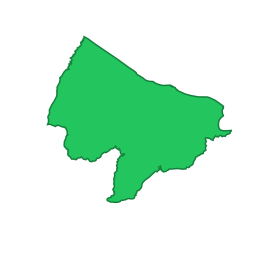 the district of Phu Luang, Loei, Thailand, rotated 34°
{"feature_id": "78962969B80258711240190", "entity_name": "Phu Luang", "entity_type": "district", "adm_level": 2, "iso_a3": "THA", "parent_name": "Thailand", "parent_adm1": "Loei", "projection": "orthographic", "projection_center": [101.608, 17.083], "detail": "fine", "context": "isolated", "style": "filled", "palette": "green", "viewbox_px": 256, "rotation_deg": 34, "n_neighbors": 0, "source": "geoboundaries", "source_scale": "gbopen_adm2", "svg_char_len": 5862}
<svg xmlns="http://www.w3.org/2000/svg" viewBox="0 0 256 256"><g transform="rotate(34 128 128)"><path d="M43.4,124.6L43.9,125.0L44.7,125.9L45.8,128.6L46.1,130.4L46.2,132.9L46.6,134.2L47.2,134.8L48.2,136.9L49.8,139.1L50.9,141.0L51.2,142.0L51.8,146.8L51.8,150.0L51.9,151.6L52.7,156.9L54.8,159.9L55.2,162.9L55.4,163.6L56.0,164.4L56.8,164.8L57.9,166.1L58.9,168.1L59.3,169.7L59.4,170.1L60.9,168.7L61.5,168.4L64.0,168.0L65.4,167.5L66.2,167.5L67.1,167.2L67.3,166.2L67.6,165.9L68.0,165.2L68.4,164.8L69.4,164.6L69.8,164.4L70.7,164.3L71.5,164.0L72.6,164.0L73.2,163.7L73.5,163.3L74.1,163.3L74.5,162.9L75.4,162.6L75.6,162.6L75.8,162.9L76.1,163.1L76.5,162.9L76.9,162.9L77.9,163.9L79.5,164.7L80.3,166.1L80.8,166.7L81.2,167.0L81.7,167.1L81.9,167.2L81.8,167.5L81.3,168.2L81.5,169.9L81.7,170.5L82.3,171.2L82.4,172.9L82.8,173.7L82.8,174.8L83.7,176.2L84.4,177.6L85.8,179.1L87.3,179.0L88.7,179.9L89.4,179.4L90.0,179.4L90.5,179.6L90.8,180.0L91.0,180.8L91.6,181.2L92.4,182.9L93.9,184.3L96.9,184.3L97.6,185.0L98.5,185.3L100.0,184.4L100.8,183.8L101.9,183.7L102.8,183.0L103.0,182.7L102.9,181.9L103.2,180.9L103.6,180.4L105.0,179.5L105.4,178.0L106.7,178.3L107.3,178.3L108.1,178.7L108.6,178.7L109.2,178.3L110.8,177.9L111.0,176.5L111.4,176.1L112.3,176.0L115.0,176.9L116.2,176.6L116.6,176.3L117.4,175.1L118.6,174.2L119.4,173.2L119.5,172.6L119.1,171.5L119.1,170.7L119.5,170.5L120.7,169.3L121.0,168.2L121.5,167.2L121.4,166.6L121.0,165.8L120.9,164.7L121.2,163.1L122.2,161.2L122.5,161.0L123.3,160.9L123.9,159.9L125.3,156.3L125.4,154.9L126.0,154.3L126.7,153.9L127.3,153.0L127.9,149.9L128.3,150.1L129.0,151.2L129.4,151.3L131.2,151.2L132.3,151.4L132.4,151.2L132.4,150.9L132.2,150.1L132.9,150.3L134.9,151.9L135.9,153.0L136.6,153.4L137.7,153.4L138.0,153.2L139.4,151.6L139.8,152.5L139.8,152.8L138.3,155.0L138.1,155.1L137.8,155.0L137.5,155.1L137.3,155.7L137.3,156.5L137.8,157.5L137.1,158.4L137.1,159.7L137.4,160.0L138.3,160.6L138.4,160.8L138.3,161.2L137.8,161.8L137.8,162.2L138.3,162.7L138.8,163.0L139.2,163.5L139.3,163.9L139.2,164.3L139.6,164.8L139.5,165.3L139.6,165.6L140.3,166.3L141.2,166.6L141.5,168.1L141.8,168.5L142.4,168.9L142.7,170.3L142.2,171.9L142.1,173.0L142.3,173.3L143.0,174.1L143.3,174.6L143.8,175.2L144.0,176.0L144.6,176.5L144.4,177.2L144.6,177.9L144.9,178.2L145.0,178.6L145.4,178.8L145.6,179.3L146.4,180.0L146.5,180.3L146.9,180.7L146.9,181.4L147.5,181.9L147.6,182.4L148.0,182.8L148.6,183.1L149.5,184.2L149.7,185.1L149.7,186.8L149.9,187.4L150.8,187.7L150.9,188.1L151.6,188.5L152.4,188.5L152.4,189.3L153.2,189.6L153.5,189.9L153.4,190.6L153.6,190.9L153.5,192.5L152.8,192.7L152.5,193.2L152.4,193.6L152.2,193.7L152.4,194.1L152.3,194.6L152.6,194.8L152.7,195.2L152.3,195.4L151.9,196.1L151.0,196.7L151.0,197.2L150.6,197.7L150.5,198.8L150.9,199.3L151.3,199.6L152.0,199.7L153.0,199.3L154.9,199.2L156.3,198.1L157.4,197.7L159.3,196.6L161.0,195.3L162.5,193.4L162.7,192.2L163.1,191.5L163.5,191.2L164.4,190.6L165.1,189.6L165.9,189.1L167.3,186.7L168.4,185.9L170.7,184.7L171.4,184.2L172.3,182.9L172.2,181.8L171.5,180.1L171.6,179.8L172.2,179.3L171.6,178.7L171.3,178.1L171.5,177.3L170.8,175.0L171.0,174.6L172.0,173.6L172.4,170.2L171.9,168.4L170.9,166.7L170.8,165.1L171.2,161.8L172.7,157.9L173.5,155.0L173.6,153.8L173.9,153.0L174.4,151.1L174.7,148.9L175.3,148.4L176.5,148.2L177.0,145.6L177.8,144.6L177.5,144.3L175.9,143.9L175.5,143.6L175.5,143.0L176.1,141.5L178.8,143.9L179.2,144.1L180.4,144.5L181.5,144.6L182.3,144.4L182.8,143.6L183.7,142.8L184.0,141.7L184.8,140.5L185.0,139.2L191.8,133.9L193.5,132.9L195.2,132.2L197.7,130.5L198.9,129.4L198.6,128.0L198.8,127.5L199.3,127.2L200.3,126.9L200.7,126.5L200.8,126.0L200.7,124.9L201.9,122.7L202.0,122.0L201.8,120.7L201.2,119.3L201.1,116.2L200.6,114.8L200.6,114.3L201.3,113.0L201.4,112.1L202.6,110.6L203.0,108.5L204.2,107.7L204.5,107.3L204.6,107.0L204.0,105.7L204.0,105.0L204.2,104.3L204.9,103.3L205.0,102.8L204.8,102.6L203.9,101.8L203.2,100.9L202.9,100.1L202.9,99.0L201.4,98.3L200.7,97.5L200.5,96.9L200.6,96.0L200.4,95.4L199.1,94.5L198.5,93.8L197.8,93.5L197.8,93.1L199.0,91.9L200.0,91.8L201.5,90.9L203.5,91.1L205.4,90.7L204.8,88.8L205.1,85.5L206.1,85.7L207.8,85.0L207.9,84.8L208.0,83.8L208.2,83.4L209.0,82.3L209.6,82.2L210.3,82.5L210.7,82.5L211.1,82.2L212.0,81.1L213.2,80.6L213.4,78.3L215.1,76.3L215.5,75.3L215.0,73.7L215.2,73.1L215.2,72.4L215.5,71.9L209.7,76.3L208.7,76.9L207.6,77.4L206.2,77.8L204.9,77.8L204.2,77.6L203.1,76.9L201.5,75.2L200.0,72.8L199.3,71.0L199.2,69.6L199.4,67.0L200.1,65.1L200.2,64.5L199.8,64.1L198.8,63.7L198.4,63.2L197.4,62.3L196.2,60.8L195.9,59.3L196.1,58.4L195.8,58.0L195.1,57.5L195.0,56.6L184.9,56.3L178.9,57.2L176.5,57.9L169.1,62.8L162.4,65.8L156.3,67.9L147.9,69.3L147.6,69.2L147.5,68.8L147.3,68.7L147.0,68.7L145.9,69.0L145.4,68.7L144.7,68.2L143.4,68.3L142.2,68.7L141.9,68.5L141.6,68.7L141.4,68.5L140.7,69.0L140.2,68.7L140.0,68.9L140.1,69.0L139.6,68.9L139.5,69.1L139.2,68.9L139.0,69.2L138.3,69.4L133.1,73.3L130.2,74.4L126.9,75.3L124.6,75.6L123.0,75.4L118.5,77.9L115.4,78.5L112.3,78.2L105.6,78.5L104.6,78.3L103.9,77.6L103.3,77.5L100.4,77.3L95.0,77.4L80.9,76.9L52.5,76.8L45.6,76.4L40.5,76.9L40.8,77.5L41.4,78.1L41.4,79.0L41.1,79.2L41.1,79.5L41.6,80.1L42.2,80.5L42.1,80.9L41.8,80.9L41.4,80.7L41.2,80.9L41.3,81.2L41.8,81.8L42.0,82.3L41.9,82.6L41.1,82.8L41.0,83.3L41.4,84.2L42.6,84.6L42.9,85.7L42.3,86.6L42.6,87.6L41.2,89.9L41.4,90.3L42.2,90.8L41.8,92.2L41.3,92.9L41.4,93.7L41.1,94.1L41.5,94.4L42.3,94.4L42.6,95.3L42.3,96.9L41.7,97.5L42.3,97.9L42.2,98.3L42.4,98.6L42.2,98.8L42.5,98.9L42.5,99.2L42.1,99.7L42.0,100.4L41.1,102.3L41.3,102.4L42.0,102.2L42.5,102.3L43.8,103.0L42.9,105.1L43.0,105.6L43.2,105.8L43.6,105.9L44.2,105.5L45.1,106.0L45.3,106.2L44.8,107.0L44.0,107.5L43.3,107.7L43.2,107.9L43.3,108.1L44.1,108.3L44.6,108.7L44.6,109.1L44.3,109.6L44.4,110.1L44.2,110.5L44.4,111.2L44.7,111.5L45.8,111.9L46.2,112.4L45.7,112.9L44.9,112.9L44.2,114.1L43.7,117.3L44.0,122.1L43.4,124.6Z" fill="#22c55e" stroke="#15803d" stroke-width="1.5"/></g></svg>